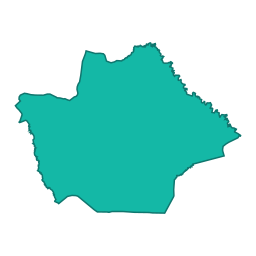 outline of Huai Thalaeng, Nakhon Ratchasima, Thailand
{"feature_id": "78962969B28729751620750", "entity_name": "Huai Thalaeng", "entity_type": "district", "adm_level": 2, "iso_a3": "THA", "parent_name": "Thailand", "parent_adm1": "Nakhon Ratchasima", "projection": "orthographic", "projection_center": [102.635, 15.051], "detail": "fine", "context": "isolated", "style": "filled", "palette": "teal", "viewbox_px": 256, "rotation_deg": 0, "n_neighbors": 0, "source": "geoboundaries", "source_scale": "gbopen_adm2", "svg_char_len": 5743}
<svg xmlns="http://www.w3.org/2000/svg" viewBox="0 0 256 256"><path d="M58.7,203.6L67.5,196.4L72.0,195.4L75.9,195.6L77.9,196.2L94.3,209.8L97.3,211.9L107.0,212.0L109.0,212.3L112.0,211.5L122.9,211.5L134.6,212.3L149.0,212.5L152.6,212.9L164.7,213.1L173.7,196.5L173.9,195.5L173.7,189.6L174.4,179.7L175.8,178.5L175.8,177.9L176.9,176.9L176.8,175.7L177.4,175.9L177.8,175.5L178.2,175.8L178.9,175.5L179.6,175.5L180.6,174.5L180.9,174.6L181.0,175.0L181.4,175.0L181.4,174.4L182.0,174.4L182.1,174.0L182.7,174.0L183.4,172.5L184.1,172.1L184.8,171.1L185.3,171.1L185.7,170.2L186.0,170.4L186.2,170.1L186.6,170.2L187.0,169.7L187.5,169.1L187.7,168.1L188.3,168.4L188.7,167.7L189.5,167.4L190.4,167.7L190.5,167.1L190.9,166.9L190.8,166.4L191.6,166.6L191.4,166.1L192.1,165.8L192.2,165.2L193.3,165.1L193.2,164.6L192.9,164.6L192.9,164.1L224.1,155.9L222.7,151.0L222.6,149.4L223.1,146.3L226.1,143.9L228.7,142.3L237.9,137.8L239.1,135.9L240.4,136.1L240.6,135.5L239.4,134.5L238.7,134.4L238.1,133.7L234.6,131.9L234.7,131.2L235.5,130.5L235.4,130.0L235.0,129.8L234.9,129.5L236.3,129.5L236.4,129.2L234.0,128.0L232.2,127.9L231.1,126.8L230.1,124.3L229.4,124.2L229.1,124.7L229.2,125.1L229.9,125.6L229.7,126.2L228.0,126.7L227.9,125.1L227.4,123.2L227.8,122.4L228.6,122.0L228.7,121.5L228.0,120.2L226.7,120.0L226.7,119.5L227.3,118.9L227.1,118.4L226.7,118.4L226.2,119.1L225.0,119.4L225.8,118.1L225.7,117.7L224.4,116.8L226.8,115.9L227.0,115.5L226.7,114.6L224.6,115.0L221.9,114.6L220.9,115.5L220.1,117.1L219.7,117.1L219.0,114.3L219.2,113.0L216.5,111.7L217.4,110.6L217.2,109.9L215.9,110.2L214.3,112.9L211.9,112.4L212.7,108.7L212.2,108.2L210.6,108.5L210.1,108.1L210.9,107.0L211.0,106.1L211.6,105.0L210.4,102.7L209.1,103.0L207.2,102.9L206.8,103.2L206.5,104.4L205.9,104.9L205.5,104.9L205.0,104.2L204.6,101.6L204.1,101.5L203.9,102.4L203.6,102.6L202.5,102.9L201.6,102.5L201.3,100.9L201.6,99.6L199.4,98.7L199.7,97.6L198.6,96.6L198.2,96.5L197.8,97.2L197.4,96.3L196.1,96.7L195.1,94.7L195.4,93.4L193.6,92.4L193.1,92.5L192.6,93.2L192.7,94.9L192.1,96.0L187.0,94.3L186.6,93.7L186.6,92.5L185.8,91.3L184.8,90.6L184.6,90.0L185.1,89.6L187.0,89.7L186.9,88.6L183.9,88.2L183.4,87.8L183.7,86.0L185.0,85.2L185.0,84.5L182.7,83.9L181.9,83.3L181.0,82.0L181.1,80.0L180.9,79.6L179.2,80.3L178.4,80.3L178.2,79.7L178.4,77.6L179.6,76.4L179.5,75.8L179.0,75.3L175.4,75.2L174.6,76.3L173.4,75.0L173.4,74.4L173.9,73.9L174.2,72.6L173.8,72.4L173.2,73.1L172.8,72.7L173.2,71.7L174.0,70.6L173.5,70.4L172.9,71.2L171.9,71.4L171.8,71.0L172.9,68.2L171.9,67.8L171.4,67.1L169.9,67.0L169.7,66.7L169.9,66.1L171.1,65.4L171.4,64.4L171.0,63.9L171.0,63.6L171.6,63.1L172.4,63.3L172.4,62.9L170.8,61.7L170.3,62.0L170.5,62.6L170.2,62.9L168.9,62.5L167.8,63.1L164.6,63.2L163.2,62.7L162.2,60.0L161.5,60.0L161.2,59.7L161.6,58.9L162.6,58.4L162.9,57.4L163.7,56.5L162.7,56.0L161.9,56.5L160.4,55.6L160.9,54.4L160.8,53.8L159.5,52.6L159.1,51.5L159.5,50.8L159.0,50.4L158.9,49.8L157.6,50.1L157.4,48.6L156.4,48.0L155.9,47.1L154.3,46.5L155.5,44.8L155.3,43.6L154.4,43.8L154.1,45.2L153.5,45.6L153.0,45.5L153.3,44.3L152.6,44.3L151.7,46.0L152.4,46.3L152.3,46.7L151.0,46.1L151.0,43.7L150.6,43.0L150.1,42.9L148.7,43.6L148.1,45.0L147.8,45.0L146.9,44.0L146.5,44.1L146.2,45.6L145.5,46.0L145.3,46.4L145.1,45.9L144.8,46.2L144.5,46.0L144.4,46.7L144.1,46.6L144.0,46.9L143.4,46.8L143.3,46.4L142.2,46.8L141.5,46.0L140.5,45.9L140.2,45.5L139.8,46.1L138.7,46.2L138.5,46.8L137.7,46.7L137.8,46.2L137.2,46.3L137.5,46.6L137.3,46.8L136.9,46.6L136.3,46.7L135.1,46.1L134.7,46.2L134.7,46.6L133.9,47.4L133.7,48.0L134.0,49.1L133.4,50.0L133.8,50.8L133.3,52.0L131.8,52.6L131.9,53.0L131.5,53.2L131.0,54.8L129.9,55.3L129.5,56.0L128.7,55.7L128.1,56.5L127.5,56.5L127.2,57.7L125.8,57.8L125.5,58.3L124.8,58.5L124.5,59.3L123.6,59.8L122.3,60.1L122.0,60.7L121.5,60.9L116.7,60.6L114.5,61.9L111.0,62.8L106.5,61.1L104.8,55.3L103.4,53.8L100.1,53.3L95.3,53.5L86.1,50.9L85.4,53.8L82.5,61.4L80.8,75.2L79.6,81.9L78.2,84.1L77.2,86.9L77.0,89.4L77.9,93.2L77.4,94.9L76.3,96.3L74.2,97.0L69.7,100.5L67.6,99.9L64.9,98.7L63.6,98.9L60.1,98.0L56.9,97.8L56.5,97.3L50.0,94.1L47.2,94.1L43.4,95.2L35.4,95.1L30.9,94.7L27.0,93.7L24.4,93.3L20.4,95.1L19.2,96.9L19.0,99.3L20.4,101.0L15.4,105.7L17.1,108.1L19.0,109.9L21.6,113.2L22.0,114.4L22.0,115.0L20.1,120.6L20.3,120.8L19.1,122.1L19.5,122.5L20.5,122.3L25.5,120.3L26.7,120.7L28.4,123.0L29.2,124.5L29.5,124.5L29.5,125.0L28.9,125.4L28.7,126.3L29.8,126.8L29.5,127.4L29.1,127.1L29.0,129.2L29.6,129.8L29.3,130.3L29.8,130.1L29.9,130.4L30.5,130.4L30.4,130.9L30.8,131.1L30.5,131.6L30.9,131.7L30.8,132.1L30.4,132.4L30.9,132.4L30.9,133.7L32.2,133.3L32.5,134.0L32.9,134.1L34.0,136.2L34.2,138.7L33.0,139.9L33.5,142.2L33.2,143.2L33.5,143.6L33.1,143.7L33.6,144.1L34.0,143.9L34.5,145.3L34.4,146.0L34.9,146.1L34.9,146.9L35.4,147.8L35.1,148.3L35.5,148.3L34.7,149.0L34.8,149.6L35.2,149.8L34.9,151.0L34.6,151.0L34.8,151.8L34.4,152.2L34.5,154.1L34.9,155.3L36.1,156.3L35.9,156.7L36.9,156.9L36.5,157.2L37.0,158.3L36.6,158.5L36.4,158.9L36.9,160.2L37.7,160.2L38.1,160.6L38.5,160.4L38.9,160.9L38.8,161.3L39.1,161.5L38.7,162.1L38.8,162.9L39.2,163.3L39.1,163.7L38.8,165.1L38.4,165.2L38.6,165.7L38.3,166.0L38.7,167.7L38.6,168.6L38.2,169.0L38.2,170.0L37.6,170.7L39.9,172.0L39.8,172.8L40.5,173.2L41.0,173.0L41.2,174.2L41.6,174.1L41.9,174.4L42.3,175.4L42.5,177.8L42.8,178.6L42.5,179.4L42.1,179.6L42.1,180.2L43.0,181.3L43.5,181.3L44.1,182.2L44.1,182.7L44.8,183.5L44.6,184.1L44.9,184.1L45.3,184.6L45.0,185.0L45.7,185.4L45.5,185.8L46.1,186.2L46.4,187.3L46.9,187.6L47.4,187.5L47.9,188.6L48.4,188.3L48.8,187.5L49.3,187.6L49.6,188.1L50.0,188.1L50.1,188.7L50.8,189.4L51.8,189.9L53.0,191.5L53.5,192.5L53.7,193.4L53.3,193.6L53.6,194.4L54.2,194.7L53.9,195.1L54.3,195.2L54.4,196.6L55.9,199.5L55.0,200.6L54.8,201.5L55.7,201.7L56.1,202.2L57.7,202.7L58.7,203.6Z" fill="#14b8a6" stroke="#0f766e" stroke-width="1.5"/></svg>